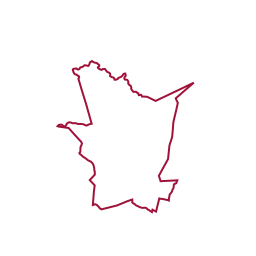 Urbano Santos, Maranhão, Brazil, rotated 136°
{"feature_id": "56859067B97391403758690", "entity_name": "Urbano Santos", "entity_type": "district", "adm_level": 2, "iso_a3": "BRA", "parent_name": "Brazil", "parent_adm1": "Maranhão", "projection": "orthographic", "projection_center": [-43.287, -3.284], "detail": "fine", "context": "isolated", "style": "outline", "palette": "rose", "viewbox_px": 256, "rotation_deg": 136, "n_neighbors": 0, "source": "geoboundaries", "source_scale": "gbopen_adm2", "svg_char_len": 3491}
<svg xmlns="http://www.w3.org/2000/svg" viewBox="0 0 256 256"><g transform="rotate(136 128 128)"><path d="M177.4,178.2L176.9,177.2L175.6,175.5L170.7,169.2L171.0,161.9L171.1,159.2L171.1,157.8L171.3,150.3L171.9,148.8L173.3,148.1L174.9,147.4L175.7,147.1L176.4,146.3L177.4,145.4L178.4,144.4L179.1,143.9L180.2,143.9L180.7,143.0L180.5,141.8L180.3,141.0L180.4,139.9L180.3,138.5L179.9,137.2L179.7,136.0L179.5,135.1L179.3,133.6L179.1,132.2L178.6,130.9L178.1,129.8L178.1,128.9L178.0,128.0L178.1,126.7L178.6,125.4L179.2,124.2L179.6,123.5L180.3,122.4L181.4,121.3L182.1,119.9L182.6,119.2L183.3,118.6L184.3,117.5L191.7,117.1L191.8,109.9L196.1,106.4L197.1,105.6L206.8,97.0L205.7,96.5L204.8,96.2L204.3,95.4L203.9,94.3L203.9,92.9L203.8,91.8L204.0,90.8L204.1,89.8L203.7,89.0L203.7,88.0L192.3,81.4L189.7,79.9L179.6,75.9L174.6,73.6L175.5,72.5L176.6,71.6L176.7,70.6L176.3,69.5L176.0,68.1L176.0,66.9L175.6,65.9L175.1,64.6L174.6,63.2L173.9,61.8L173.2,60.6L171.2,58.9L170.5,57.9L170.3,55.4L169.9,54.3L169.2,50.9L167.1,52.2L166.7,50.9L166.4,50.0L165.9,48.4L154.4,55.6L153.8,54.5L153.1,53.7L152.3,52.8L151.8,51.9L151.3,51.3L150.8,50.6L150.3,49.7L149.8,49.0L149.2,48.4L149.0,47.5L148.3,48.1L147.2,49.1L146.3,49.7L145.3,50.4L144.5,51.0L143.7,51.4L142.8,51.3L141.6,51.5L140.2,51.9L139.3,52.5L138.4,52.9L137.2,53.1L136.3,53.7L134.8,55.1L133.4,55.6L132.8,55.1L131.6,54.8L130.7,55.3L129.8,55.7L128.9,56.1L136.1,62.4L140.0,65.8L141.5,67.1L139.5,71.1L138.9,72.2L132.9,74.1L121.5,77.6L120.7,77.9L118.8,79.5L111.1,86.0L110.5,86.5L108.5,87.7L107.8,88.0L104.1,90.0L102.1,91.2L98.4,94.4L92.3,99.8L91.1,100.8L85.7,104.3L83.8,105.5L77.0,109.9L74.5,111.7L74.0,113.8L73.5,115.0L73.0,116.2L68.0,115.9L65.4,115.8L54.6,115.2L49.2,114.9L64.9,120.1L89.3,128.3L92.5,137.0L93.3,138.1L94.1,138.7L94.6,139.5L95.3,140.1L96.0,140.7L95.8,141.7L95.5,142.6L96.0,143.3L96.8,143.6L97.4,144.1L97.1,144.9L96.5,145.8L96.9,146.9L97.0,148.2L97.6,149.1L98.5,149.7L99.1,150.6L98.8,152.1L98.7,153.3L98.3,154.2L97.6,154.7L97.0,155.8L96.7,156.8L97.2,157.8L97.0,158.9L97.0,159.8L96.3,160.3L95.4,161.4L95.1,163.0L95.6,164.0L96.5,164.9L96.4,166.0L95.5,166.7L94.7,167.1L93.5,167.1L92.8,167.9L92.1,169.0L93.1,169.8L94.5,169.9L95.7,169.5L97.2,169.6L98.1,169.9L99.1,170.2L100.1,170.7L101.2,170.4L102.0,170.6L102.8,171.1L103.6,171.4L104.1,172.2L103.6,172.9L103.4,173.8L103.6,174.9L104.4,175.9L104.8,177.8L103.7,178.7L103.1,179.6L103.1,180.8L103.6,181.8L104.0,183.0L103.9,184.1L103.7,185.3L103.6,186.4L104.5,187.3L105.5,188.1L106.6,188.1L107.2,189.1L107.4,190.2L107.9,191.3L107.7,192.4L106.9,192.6L105.9,192.4L105.0,193.2L105.0,194.0L105.3,195.2L105.2,196.3L106.0,197.5L106.6,198.2L107.0,199.2L107.3,200.3L107.4,201.2L108.5,201.2L109.1,201.7L110.2,201.4L111.3,200.8L112.3,200.4L113.4,200.2L114.2,201.4L115.1,202.6L115.6,203.3L116.7,203.4L117.9,203.5L119.2,204.0L120.1,204.7L121.1,204.5L121.8,204.2L123.2,204.6L123.7,205.6L123.7,206.6L124.8,207.5L126.3,208.5L127.4,208.2L127.8,207.2L128.4,206.1L128.7,204.9L128.9,203.7L128.3,202.8L127.9,201.9L128.0,200.9L127.4,200.0L127.5,199.1L128.1,198.2L129.4,198.0L134.7,187.8L141.4,174.5L151.2,156.3L152.3,157.1L153.2,157.5L154.4,158.0L155.9,158.4L156.7,159.5L157.1,160.7L157.6,161.7L158.2,162.7L158.9,163.5L159.8,164.3L160.7,165.2L161.4,166.0L162.0,167.2L162.4,168.0L163.0,168.6L163.9,169.2L164.7,170.2L165.1,171.2L165.6,172.1L166.2,172.8L167.5,173.5L169.2,173.6L170.6,172.9L171.9,172.9L172.9,173.6L173.2,175.0L173.2,176.0L173.7,176.8L174.5,177.5L175.7,178.3L177.4,178.2Z" fill="none" stroke="#9f1239" stroke-width="2"/></g></svg>